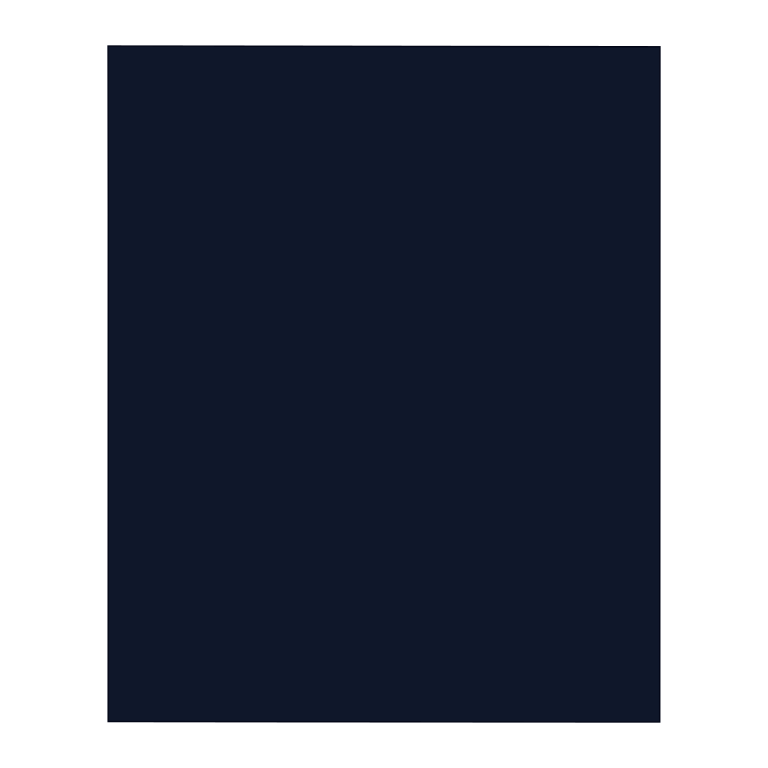 outline of Stanton, Nebraska, United States of America
{"feature_id": "52423323B97836650916627", "entity_name": "Stanton", "entity_type": "district", "adm_level": 2, "iso_a3": "USA", "parent_name": "United States of America", "parent_adm1": "Nebraska", "projection": "robinson", "projection_center": [-97.231, 41.917], "detail": "fine", "context": "isolated", "style": "filled", "palette": "ink", "viewbox_px": 768, "rotation_deg": 0, "n_neighbors": 0, "source": "geoboundaries", "source_scale": "gbopen_adm2", "svg_char_len": 236}
<svg xmlns="http://www.w3.org/2000/svg" viewBox="0 0 768 768"><path d="M108.1,46.1L108.3,215.0L108.2,721.5L291.4,721.7L598.5,721.9L659.7,721.9L659.9,46.8L291.4,46.3L108.1,46.1Z" fill="#0f172a" stroke="#020617" stroke-width="1.5"/></svg>